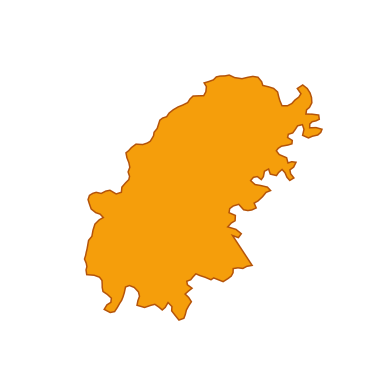 Erval Velho, Santa Catarina, Brazil, rotated 295°
{"feature_id": "56859067B44756131485469", "entity_name": "Erval Velho", "entity_type": "district", "adm_level": 2, "iso_a3": "BRA", "parent_name": "Brazil", "parent_adm1": "Santa Catarina", "projection": "equal_earth", "projection_center": [-51.416, -27.284], "detail": "fine", "context": "isolated", "style": "filled", "palette": "amber", "viewbox_px": 384, "rotation_deg": 295, "n_neighbors": 0, "source": "geoboundaries", "source_scale": "gbopen_adm2", "svg_char_len": 2927}
<svg xmlns="http://www.w3.org/2000/svg" viewBox="0 0 384 384"><g transform="rotate(295 192 192)"><path d="M296.0,156.9L293.6,160.5L288.7,162.2L284.2,161.9L282.1,157.6L279.4,152.4L275.6,150.9L271.2,150.3L266.8,146.8L263.3,143.5L258.7,140.3L253.9,137.9L249.5,137.2L246.6,134.1L243.5,132.5L238.9,133.1L234.8,133.6L230.1,132.4L226.7,133.4L223.5,133.1L220.3,132.7L217.5,130.8L214.2,127.3L211.7,121.0L206.6,118.3L202.6,117.1L199.6,115.6L195.6,118.5L191.9,122.4L188.1,125.2L183.2,125.6L179.8,128.8L176.5,129.5L172.1,127.9L166.8,126.4L161.9,128.1L158.2,124.1L158.9,116.9L156.4,113.5L152.3,110.3L151.2,105.3L148.8,102.6L145.6,100.5L141.2,101.0L138.2,103.7L134.0,107.8L132.6,113.5L133.1,118.1L131.4,122.4L127.6,119.7L121.9,117.6L115.7,118.4L109.5,120.0L104.5,118.7L99.3,120.1L95.9,121.0L92.8,121.6L89.6,122.4L85.8,122.9L82.7,126.3L79.9,128.3L76.6,128.9L72.6,131.5L75.2,138.5L75.7,144.2L73.8,147.8L70.4,149.6L67.5,151.0L64.2,153.4L63.4,158.5L61.7,163.8L57.7,165.1L53.8,162.6L48.5,162.0L48.2,168.8L50.9,172.4L55.5,173.1L60.6,173.5L64.1,174.0L67.7,173.8L72.1,173.2L77.8,171.9L80.8,174.8L81.1,180.0L78.8,185.7L75.3,188.5L70.7,188.9L66.1,190.0L67.3,197.8L72.1,202.8L74.5,205.8L73.7,210.6L72.5,214.9L76.1,216.5L81.7,217.0L79.7,222.2L75.7,223.8L73.1,228.8L70.4,234.3L74.1,238.0L78.1,237.7L82.7,236.8L87.5,237.1L92.3,237.8L95.0,233.6L96.6,228.9L100.8,230.7L104.8,232.7L106.0,227.0L108.9,225.0L111.9,227.9L115.5,228.8L119.5,230.1L119.6,234.3L120.3,240.1L120.5,246.3L123.3,248.0L123.9,258.1L128.9,261.3L132.4,263.1L136.2,263.3L140.0,261.7L142.7,265.7L144.2,270.4L147.8,273.1L150.9,277.5L169.7,247.1L170.2,253.3L175.0,254.3L176.7,247.6L175.5,239.1L180.5,240.7L184.2,243.2L189.1,241.2L188.9,234.3L192.9,233.2L196.8,235.3L200.6,239.6L197.7,246.3L198.8,250.5L201.0,253.8L204.7,256.9L208.2,253.0L211.8,255.6L217.5,257.9L223.0,259.3L226.5,262.6L228.3,258.3L226.9,251.5L225.4,246.0L227.1,240.3L231.3,241.5L233.6,244.7L232.5,249.6L236.1,250.2L241.4,248.9L245.2,251.7L241.3,255.4L242.6,261.6L246.2,262.2L250.5,264.1L248.8,268.1L245.5,271.8L243.8,275.7L247.8,278.4L250.2,273.7L253.4,271.4L257.5,273.6L262.9,273.7L261.6,269.6L258.9,266.7L263.0,263.3L262.8,255.2L265.0,251.0L268.1,251.7L271.3,253.7L275.1,259.1L277.9,262.2L281.1,261.1L281.8,255.6L285.0,254.9L288.1,258.3L292.0,259.1L296.6,259.7L299.7,263.6L296.1,267.0L290.1,268.3L290.2,274.7L293.4,277.5L296.8,281.9L300.4,283.5L303.8,283.3L302.8,277.2L299.9,271.5L303.4,270.0L306.5,271.2L308.9,274.3L311.7,276.6L315.3,274.3L313.3,268.0L310.8,262.3L314.9,261.1L318.3,262.7L323.5,262.9L328.1,260.4L331.6,257.2L334.5,252.7L335.8,247.1L330.3,243.7L327.1,249.2L323.1,248.7L318.8,246.4L314.4,245.1L310.5,242.1L308.2,237.1L311.9,233.0L315.1,230.2L318.8,227.3L320.4,222.2L319.7,217.0L318.5,211.1L321.4,208.5L323.9,203.3L322.5,198.3L319.6,194.2L315.8,189.4L313.7,182.3L313.7,176.3L311.2,172.9L308.9,168.4L306.6,165.4L302.7,164.0L299.1,160.4L296.0,156.9Z" fill="#f59e0b" stroke="#b45309" stroke-width="1.5"/></g></svg>